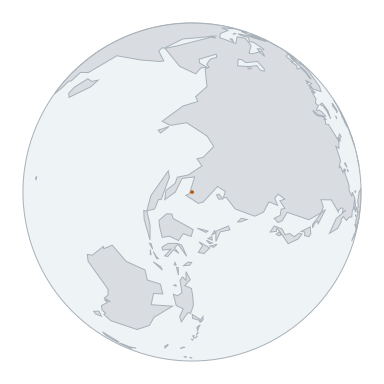 Takêv on an orthographic globe, rotated 71°
{"feature_id": "KHM-1802", "entity_name": "Takêv", "entity_type": "Province", "adm_level": 1, "iso_a3": "KHM", "parent_name": "Cambodia", "parent_adm1": "", "projection": "orthographic", "projection_center": [104.777, 10.935], "detail": "fine", "context": "on_globe", "style": "filled", "palette": "amber", "viewbox_px": 384, "rotation_deg": 71, "n_neighbors": 0, "source": "natural_earth", "source_scale": "10m", "svg_char_len": 9267}
<svg xmlns="http://www.w3.org/2000/svg" viewBox="0 0 384 384"><g transform="rotate(71 192 192)"><circle cx="192" cy="192" r="169" fill="#eef3f6" stroke="#a8b0b8"/><path d="M349.0,245.8L348.7,246.9L348.6,247.1L349.0,245.8ZM270.0,42.1L276.2,45.7L270.6,42.6L285.8,52.4L290.3,57.0L281.8,49.7L278.3,47.6L279.7,49.3L276.4,47.6L275.2,47.6L271.1,45.6L266.5,42.1L263.8,40.9L264.9,42.3L261.5,41.5L260.3,39.5L254.3,38.1L245.4,33.3L245.3,31.7L243.1,31.0L256.8,35.9L270.0,42.1ZM281.3,49.0L280.2,48.1L282.4,49.6L281.3,49.0ZM275.7,48.0L277.1,49.0L275.9,48.6L275.7,48.0ZM268.6,45.3L266.2,44.8L267.8,44.7L268.6,45.3ZM264.2,44.1L258.5,43.3L261.1,45.1L250.6,40.1L259.0,42.1L260.6,41.5L261.7,42.8L264.2,44.1ZM245.8,37.7L243.7,37.2L245.0,37.1L245.8,37.7ZM227.7,26.9L226.9,26.7L225.9,26.5L227.7,26.9ZM220.7,25.5L217.5,25.0L216.9,24.9L220.7,25.5ZM215.7,24.8L221.7,25.7L222.0,25.8L215.7,24.8ZM212.0,24.3L214.1,24.5L214.3,24.6L212.0,24.3ZM205.2,23.6L203.8,23.5L204.0,23.5L205.2,23.6ZM206.9,23.7L209.0,23.9L208.1,23.8L207.8,23.9L206.7,23.7L206.9,23.7ZM211.8,24.3L212.6,24.4L210.9,24.2L211.8,24.3ZM201.5,23.3L202.6,23.5L199.6,23.4L197.7,23.1L199.6,23.2L201.5,23.3ZM58.3,88.7L58.3,89.0L57.2,90.8L52.0,97.7L46.5,110.5L51.0,105.2L51.4,113.6L55.0,115.6L65.8,102.3L59.9,98.7L64.1,91.4L73.1,88.6L79.1,92.8L80.9,90.2L81.6,82.6L87.5,79.1L82.4,79.8L81.1,82.8L77.9,83.5L78.8,80.9L80.9,79.6L80.4,77.6L70.7,85.0L68.4,88.9L64.3,88.1L60.0,94.7L57.3,97.0L63.5,86.8L66.3,83.6L74.1,72.6L70.7,75.7L63.2,86.6L63.5,85.3L58.9,90.5L62.7,85.5L71.9,73.7L71.2,73.8L86.7,59.8L92.1,56.0L92.2,56.4L100.8,50.8L102.0,50.5L96.6,53.7L92.9,56.5L94.1,58.7L96.2,57.9L101.6,54.3L101.3,55.7L106.4,52.0L110.2,52.3L109.9,49.1L116.3,45.6L122.1,44.0L124.2,42.5L114.7,45.3L111.0,47.1L107.9,49.3L97.8,54.6L96.0,54.9L106.4,47.9L105.1,47.8L113.8,43.0L133.9,37.1L139.0,37.4L133.9,44.2L129.0,45.7L128.4,43.7L123.1,48.4L126.3,46.6L126.0,48.0L132.1,45.8L132.2,46.7L137.8,43.2L138.6,44.1L135.0,46.3L144.6,44.5L147.9,46.3L150.1,45.5L151.4,44.2L154.7,47.7L156.1,47.0L155.6,45.5L158.1,43.3L163.8,41.0L164.7,42.3L162.7,43.3L159.9,47.8L154.5,50.8L155.5,51.2L160.3,49.0L163.8,43.4L167.0,41.7L166.0,44.1L166.6,43.1L168.5,42.7L171.1,43.7L172.5,41.0L191.7,36.7L198.7,38.9L195.7,41.1L210.1,41.3L216.8,44.8L216.3,43.2L222.8,43.0L220.8,41.9L221.1,41.2L236.9,41.4L241.3,42.9L247.5,42.4L247.3,41.8L244.4,40.5L250.6,40.1L261.1,45.1L261.1,46.2L267.7,49.1L266.8,51.5L269.2,55.2L264.5,56.9L266.8,60.1L269.1,60.9L273.9,66.3L275.8,75.5L264.1,64.3L259.2,52.2L260.3,56.5L257.1,54.6L255.6,55.7L256.7,59.2L258.6,60.1L244.8,62.8L241.3,72.5L248.9,72.8L253.7,76.6L256.3,90.5L242.2,108.6L248.5,116.0L248.9,120.6L243.6,122.9L242.8,116.2L237.3,113.3L237.7,109.5L228.9,111.8L229.0,106.5L222.0,111.3L224.8,115.8L232.5,115.4L226.4,122.5L234.3,130.9L235.3,140.6L222.0,156.8L208.5,161.2L207.6,164.2L202.3,160.3L195.1,166.1L205.1,184.6L204.8,189.7L193.1,198.9L192.9,195.0L178.6,184.6L175.9,196.9L186.7,207.9L190.4,220.3L182.0,216.0L178.3,205.1L173.2,201.1L174.7,190.3L170.6,174.1L162.2,176.4L162.9,170.1L156.0,156.6L143.9,159.6L124.7,174.6L122.0,190.8L115.4,197.2L107.8,172.6L108.3,156.9L103.0,157.6L97.2,143.5L80.0,139.5L79.8,135.3L76.0,136.4L72.3,131.4L72.8,124.7L69.5,124.3L68.8,142.1L72.6,142.7L78.8,137.3L77.6,143.5L81.5,150.0L69.3,162.7L47.4,170.7L49.0,158.5L51.8,123.6L53.8,120.3L53.9,119.9L54.2,119.2L50.6,124.3L52.4,117.9L46.8,141.0L44.3,150.8L47.0,171.4L45.9,173.0L47.9,177.6L58.9,176.0L58.1,180.0L50.6,197.2L38.7,218.7L42.4,236.6L45.3,251.2L42.6,258.5L47.7,270.1L47.1,272.8L50.3,279.2L52.5,285.0L54.4,289.7L53.3,288.5L46.8,278.5L41.1,268.1L36.2,257.3L32.0,246.2L28.5,234.8L25.9,223.2L24.2,211.5L23.2,199.6L23.1,187.7L23.8,175.9L25.4,164.1L27.7,152.5L30.9,141.0L34.9,129.8L39.6,119.0L45.1,108.4L51.4,98.3L58.3,88.7ZM81.6,105.2L87.6,107.8L91.5,98.4L94.2,98.8L94.5,95.7L91.8,97.7L93.6,89.5L98.6,88.1L101.3,84.5L99.4,83.5L89.9,87.6L87.2,99.0L83.0,102.0L81.6,105.2ZM108.1,45.3L108.3,45.3L107.5,45.7L108.1,45.3ZM105.8,46.7L105.5,46.9L104.0,47.8L105.8,46.7ZM97.9,51.6L92.4,55.6L89.2,57.9L89.3,57.9L97.9,51.6ZM188.1,23.1L186.9,23.1L188.4,23.1L186.0,23.4L179.5,23.9L181.7,23.9L179.9,24.4L174.6,25.1L176.3,24.5L169.2,25.8L168.3,25.4L167.6,25.6L164.8,25.8L160.2,26.4L160.6,26.2L158.6,26.6L156.7,26.9L154.2,27.4L153.9,27.4L151.0,28.1L163.2,25.5L175.6,23.8L188.1,23.1ZM198.5,23.2L197.4,23.1L197.8,23.2L195.2,23.1L198.7,23.4L191.2,23.5L187.0,23.5L192.9,23.0L192.7,23.0L198.5,23.2ZM59.2,88.6L58.9,89.3L59.3,89.7L56.4,93.2L59.2,88.6ZM65.2,80.5L65.5,80.4L61.5,85.0L61.8,84.5L65.2,80.5ZM69.0,76.6L65.8,80.0L67.7,77.9L69.0,76.6ZM97.2,53.6L97.9,53.5L96.6,54.4L94.7,55.6L97.2,53.6ZM153.5,30.8L155.1,30.0L156.1,29.9L161.7,28.4L162.8,28.8L159.9,29.9L153.5,30.8ZM62.9,104.1L59.8,106.1L60.2,104.5L61.1,104.1L62.9,104.1ZM56.5,99.2L56.3,102.0L55.7,100.2L56.5,99.2ZM155.6,31.0L157.8,30.3L157.0,31.0L155.6,31.0ZM163.9,29.1L163.5,29.8L163.6,28.7L163.9,29.1ZM126.6,333.7L130.1,335.6L127.8,335.4L126.6,333.7ZM59.6,253.6L62.5,277.5L58.4,276.3L54.4,268.5L51.0,253.6L54.8,250.7L55.7,244.3L59.6,253.6ZM232.8,250.2L237.9,251.1L237.7,251.8L232.8,250.2ZM227.6,247.4L233.4,247.8L226.6,249.0L227.6,247.4ZM235.6,248.0L241.5,246.7L244.0,245.5L243.6,247.1L235.6,248.0ZM223.7,247.3L202.2,246.1L193.7,243.6L195.7,240.9L209.5,242.4L223.7,247.3ZM195.1,240.8L182.1,232.1L164.3,207.6L170.6,208.5L189.2,223.7L188.1,226.1L195.9,232.9L195.1,240.8ZM226.5,227.7L225.2,235.0L213.4,233.8L208.0,232.4L204.3,222.8L206.4,218.1L210.8,218.5L227.9,203.1L233.8,207.3L228.6,213.9L233.5,220.5L226.5,227.7ZM122.6,192.4L126.0,202.6L122.5,203.8L122.6,192.4ZM234.7,192.1L227.9,198.8L234.1,189.7L234.7,192.1ZM238.4,183.4L238.9,187.0L236.0,183.4L238.4,183.4ZM207.5,169.1L202.8,169.7L202.7,167.2L208.6,165.0L207.5,169.1ZM235.9,148.9L236.0,156.1L235.1,158.5L232.9,154.0L235.9,148.9ZM168.0,37.0L159.0,38.3L153.2,40.2L151.0,42.6L150.2,40.1L159.1,37.1L168.0,37.0ZM188.7,36.5L190.5,34.9L192.3,35.6L192.2,36.0L188.7,36.5ZM188.0,35.5L185.3,33.7L188.1,32.9L189.6,34.4L188.0,35.5ZM170.1,31.4L167.4,31.6L168.1,31.0L170.1,31.4ZM309.7,310.1L310.0,310.9L305.2,315.5L299.3,320.3L295.1,322.2L309.7,310.1ZM272.8,323.8L274.3,318.8L280.0,318.1L276.2,322.6L272.8,323.8ZM313.7,306.4L318.1,301.5L321.4,295.6L318.9,300.8L320.3,300.5L310.9,310.3L313.7,306.4ZM256.4,303.1L223.7,312.8L216.9,311.3L219.3,307.0L214.6,293.5L216.9,293.8L216.3,284.7L236.1,276.9L250.4,261.8L260.6,262.9L268.8,251.9L278.9,252.8L275.4,261.5L285.3,267.3L293.6,247.6L298.1,268.6L304.3,275.8L304.1,288.8L287.2,310.7L279.0,315.1L278.2,313.2L274.6,315.4L270.0,314.6L268.8,307.8L265.2,310.0L269.3,304.7L263.8,309.4L262.1,304.9L256.4,303.1ZM328.4,264.4L329.4,264.9L330.6,268.4L328.9,267.9L328.4,264.4ZM346.1,250.6L346.2,252.2L345.2,252.8L346.1,250.6ZM348.6,247.1L347.5,248.1L349.0,245.8L348.6,247.1ZM336.1,251.7L336.5,252.9L335.9,253.5L336.1,251.7ZM335.7,251.3L336.6,249.1L336.2,251.3L335.7,251.3ZM331.1,240.3L331.9,239.2L332.2,240.0L331.1,240.3ZM245.3,251.4L252.4,245.9L256.1,245.5L245.3,251.4ZM330.1,238.1L328.2,238.0L328.5,236.8L330.1,238.1ZM330.4,235.4L330.3,233.8L331.2,237.5L330.4,235.4ZM326.9,232.0L329.1,234.7L326.6,232.4L326.9,232.0ZM325.4,232.5L323.7,231.3L323.8,230.8L325.4,232.5ZM304.7,235.0L311.3,244.4L305.7,244.2L299.6,238.4L294.3,243.9L282.6,242.9L285.4,239.5L284.0,234.3L271.7,232.1L269.2,228.6L273.6,226.4L265.4,223.6L274.4,222.2L278.1,229.3L283.1,223.9L291.7,225.4L299.9,227.7L306.3,232.9L304.7,235.0ZM274.3,237.5L275.9,237.6L274.4,239.6L274.3,237.5ZM320.4,227.5L322.9,230.8L322.6,231.7L321.3,231.2L320.4,227.5ZM307.8,231.7L314.8,226.0L316.3,226.0L311.7,232.6L307.8,231.7ZM313.2,222.2L316.3,223.0L317.9,226.2L317.2,227.1L313.2,222.2ZM255.8,230.7L255.4,232.6L253.0,231.0L255.8,230.7ZM258.9,229.6L266.1,231.9L258.2,231.2L258.9,229.6ZM236.9,222.2L239.0,226.9L245.8,224.2L240.6,228.2L245.1,235.9L243.5,238.6L239.1,230.4L237.4,238.7L234.4,238.4L232.8,231.2L235.9,222.5L238.9,219.0L251.1,217.9L236.9,222.2ZM258.9,224.0L257.0,218.7L258.4,215.2L260.5,218.0L258.9,224.0ZM251.2,205.7L246.0,199.4L241.4,201.6L250.7,193.4L254.1,200.8L251.2,205.7ZM246.7,192.2L242.4,194.1L246.8,189.4L246.7,192.2ZM241.2,192.0L240.6,187.8L244.1,188.5L241.2,192.0ZM249.0,192.5L249.6,185.3L251.4,189.6L249.0,192.5ZM238.9,178.3L246.5,185.5L236.8,182.2L236.0,168.6L240.1,168.4L238.9,178.3ZM259.3,126.1L258.0,122.5L261.6,121.9L261.5,124.5L259.3,126.1ZM272.2,117.9L262.2,120.6L253.9,123.4L256.7,125.1L255.3,131.2L250.9,125.3L256.3,118.9L262.6,118.0L263.1,113.1L267.5,110.1L265.8,104.0L267.6,101.7L271.0,107.0L272.2,117.9ZM264.8,101.5L263.5,91.5L270.5,93.4L272.3,96.0L270.0,99.7L266.5,98.4L264.8,101.5ZM265.2,89.7L261.8,88.5L252.6,74.3L252.4,71.9L263.1,83.0L260.4,82.6L261.5,86.0L265.2,89.7ZM244.6,37.9L243.8,37.3L245.6,38.0L244.6,37.9ZM219.8,40.6L220.5,39.7L222.6,40.4L219.8,40.6ZM223.4,38.0L220.6,37.8L223.3,37.4L223.4,38.0ZM214.2,37.6L219.3,37.4L214.9,38.5L214.2,37.6Z" fill="#d9dde1" stroke="#a8b0b8" stroke-width="1"/><path d="M192.8,192.0L192.7,192.1L192.7,192.3L192.8,192.6L192.5,192.9L192.4,192.9L192.3,193.1L192.2,193.2L191.8,193.2L191.8,192.9L191.7,192.8L191.7,192.7L191.8,192.6L191.9,192.4L191.8,192.1L191.6,192.1L191.4,192.1L191.4,191.9L191.3,191.7L191.2,191.7L191.3,191.5L191.5,191.6L191.7,191.4L191.7,191.2L191.8,190.9L192.0,190.8L192.3,190.8L192.5,190.8L192.5,191.0L192.7,191.3L192.7,191.5L192.7,191.8L192.7,192.0L192.8,192.0L192.8,192.0Z" fill="#f59e0b" stroke="#b45309" stroke-width="1.5"/></g></svg>